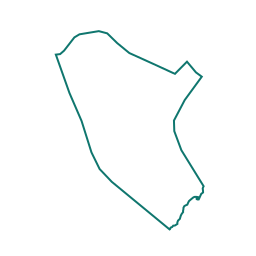 outline of Sant Katrin, Janub Sina', Egypt, rotated 18°
{"feature_id": "37247803B38427943153509", "entity_name": "Sant Katrin", "entity_type": "district", "adm_level": 2, "iso_a3": "EGY", "parent_name": "Egypt", "parent_adm1": "Janub Sina'", "projection": "equal_earth", "projection_center": [34.29, 28.647], "detail": "fine", "context": "isolated", "style": "outline", "palette": "teal", "viewbox_px": 256, "rotation_deg": 18, "n_neighbors": 0, "source": "geoboundaries", "source_scale": "gbopen_adm2", "svg_char_len": 954}
<svg xmlns="http://www.w3.org/2000/svg" viewBox="0 0 256 256"><g transform="rotate(18 128 128)"><path d="M36.7,80.5L61.5,112.8L81.7,135.7L100.8,162.5L113.7,175.8L129.2,184.2L134.3,186.2L198.9,211.6L199.2,211.2L199.3,209.8L199.4,209.5L200.6,208.5L201.2,206.9L202.7,206.3L204.6,204.0L204.1,202.5L204.2,200.6L205.4,198.4L205.3,195.0L205.6,193.2L206.4,190.9L206.0,190.0L205.8,188.2L205.4,186.6L205.7,184.9L206.8,183.7L208.1,182.6L208.3,180.3L208.6,178.6L210.0,176.3L210.9,174.9L211.7,173.7L212.7,172.9L214.2,172.4L215.9,172.1L216.3,173.0L215.6,173.4L215.0,173.7L215.3,174.4L216.2,174.5L217.3,174.1L217.5,172.7L217.7,170.7L218.0,168.0L218.8,166.9L219.3,166.1L218.8,164.7L217.7,162.3L217.8,160.7L217.9,160.0L185.6,132.6L173.0,116.7L169.4,106.7L173.3,83.9L182.3,56.4L175.4,54.1L163.6,46.7L155.9,62.0L131.2,59.1L106.1,56.3L91.5,50.6L79.0,44.4L70.3,44.9L52.9,53.9L49.0,58.4L43.3,74.2L40.6,78.7L36.7,80.5Z" fill="none" stroke="#0f766e" stroke-width="2"/></g></svg>